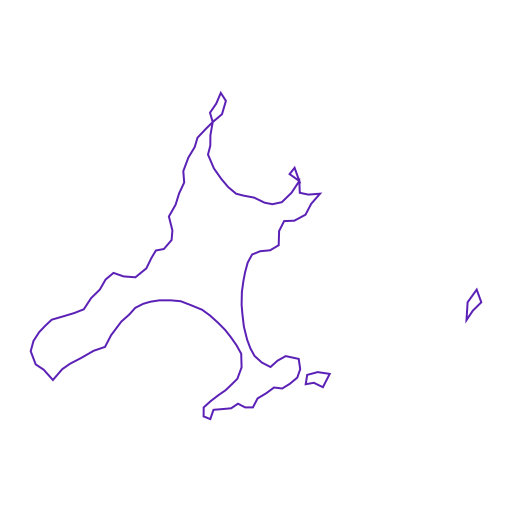 outline of Bombinhas, Santa Catarina, Brazil
{"feature_id": "56859067B26603049963849", "entity_name": "Bombinhas", "entity_type": "district", "adm_level": 2, "iso_a3": "BRA", "parent_name": "Brazil", "parent_adm1": "Santa Catarina", "projection": "natural_earth1", "projection_center": [-48.508, -27.166], "detail": "fine", "context": "isolated", "style": "outline", "palette": "violet", "viewbox_px": 512, "rotation_deg": 0, "n_neighbors": 0, "source": "geoboundaries", "source_scale": "gbopen_adm2", "svg_char_len": 1829}
<svg xmlns="http://www.w3.org/2000/svg" viewBox="0 0 512 512"><path d="M299.3,181.0L291.5,192.8L281.8,202.2L272.4,204.2L264.6,202.7L254.1,197.6L243.4,195.6L236.1,193.7L228.2,187.1L221.2,178.8L213.9,168.4L208.0,154.6L210.3,145.6L210.4,135.3L212.7,122.1L206.0,128.7L197.5,137.7L194.7,147.1L188.4,157.5L183.3,171.1L184.2,182.5L179.1,193.4L175.6,204.7L168.9,216.5L172.4,230.5L171.6,240.0L163.9,249.0L155.9,250.5L151.4,258.0L146.4,268.3L135.4,277.3L123.5,276.4L113.5,272.9L105.6,279.5L99.8,289.6L91.1,298.1L83.8,309.3L74.1,313.1L63.4,316.3L51.7,319.7L45.2,325.8L39.2,332.1L33.5,340.9L30.7,351.2L35.7,364.4L43.7,369.7L52.9,380.0L62.2,369.2L70.1,363.7L81.1,358.0L93.6,350.8L105.0,346.9L111.1,335.2L121.3,321.6L129.2,314.6L135.3,307.8L143.2,303.8L150.5,301.7L159.6,300.3L170.6,300.3L180.6,301.2L190.8,305.1L202.2,309.8L210.0,315.5L218.2,322.9L225.2,330.0L230.7,337.0L236.4,345.1L241.2,353.7L241.6,367.3L237.4,378.7L231.9,384.2L225.5,390.3L218.5,395.1L210.7,401.1L203.7,407.4L203.6,416.4L210.3,419.1L213.5,409.8L220.9,409.2L231.1,408.3L238.0,403.7L245.1,407.4L252.9,407.4L257.6,398.4L266.3,393.2L274.0,387.5L282.2,388.5L290.0,383.7L297.3,377.6L300.2,369.2L298.7,358.9L285.7,356.1L277.5,360.7L270.5,367.0L261.9,362.6L254.5,355.9L250.4,348.4L247.1,339.6L243.9,326.7L242.4,314.1L241.6,304.7L241.9,291.8L243.4,281.0L245.1,272.2L247.7,262.6L252.1,254.5L260.3,251.2L270.1,250.3L278.7,245.2L279.1,231.0L284.1,221.1L294.3,220.7L305.5,214.7L311.2,203.8L320.0,193.7L308.4,194.6L299.8,192.8L299.3,181.0ZM329.7,373.9L317.7,372.1L307.2,374.9L305.7,384.2L313.9,382.8L322.9,387.2L329.7,373.9ZM212.7,122.1L222.0,114.2L225.9,100.9L220.8,92.9L216.2,103.7L210.0,112.7L212.7,122.1ZM472.8,310.7L481.3,302.3L476.7,289.6L467.6,302.3L466.5,320.1L472.8,310.7ZM299.3,181.0L294.6,167.8L289.6,174.1L299.3,181.0Z" fill="none" stroke="#5b21b6" stroke-width="2"/></svg>